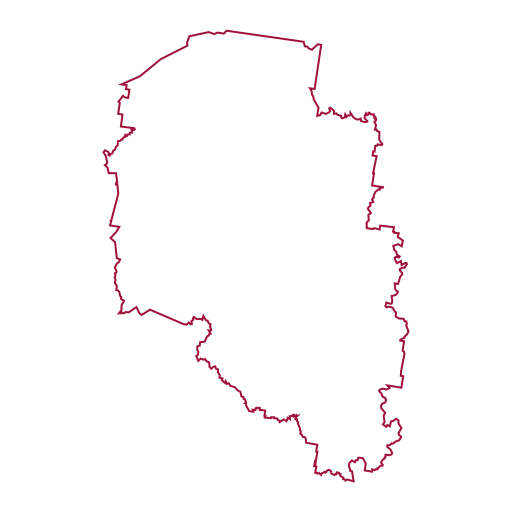 Dubbo, New South Wales, Australia
{"feature_id": "25037944B69125352721348", "entity_name": "Dubbo", "entity_type": "district", "adm_level": 2, "iso_a3": "AUS", "parent_name": "Australia", "parent_adm1": "New South Wales", "projection": "orthographic", "projection_center": [148.966, -32.475], "detail": "fine", "context": "isolated", "style": "outline", "palette": "rose", "viewbox_px": 512, "rotation_deg": 0, "n_neighbors": 0, "source": "geoboundaries", "source_scale": "gbopen_adm2", "svg_char_len": 6085}
<svg xmlns="http://www.w3.org/2000/svg" viewBox="0 0 512 512"><path d="M385.6,456.7L385.5,454.7L389.7,455.2L391.6,454.3L392.1,452.9L390.6,449.7L387.3,446.9L387.2,445.3L390.2,444.9L391.6,443.3L393.2,443.6L395.5,441.5L398.9,440.5L401.0,437.5L400.9,436.4L399.0,434.9L398.5,433.3L401.4,428.0L398.5,423.4L398.5,420.5L396.3,418.7L393.5,420.8L390.9,421.4L389.9,426.3L387.3,424.9L386.3,426.9L382.9,424.4L384.6,422.1L383.6,415.6L385.2,412.9L381.3,408.2L381.0,406.1L382.0,403.8L385.2,402.5L386.2,400.0L384.9,397.7L382.9,397.0L381.2,393.3L379.2,391.2L379.3,390.0L382.5,388.6L386.8,389.5L389.6,387.9L387.4,385.4L401.4,387.7L403.2,376.2L400.8,375.8L401.1,371.1L404.5,353.6L403.9,351.7L402.6,350.7L404.1,341.3L400.2,340.6L400.5,339.7L404.4,337.8L404.3,336.9L407.1,334.3L408.5,331.5L406.2,325.3L406.8,324.0L406.3,321.4L404.4,321.1L403.7,318.8L399.1,318.5L396.4,317.1L395.6,316.0L396.2,312.5L394.9,311.7L392.5,307.6L388.7,306.6L386.5,307.4L385.4,306.2L386.3,302.6L390.9,303.9L391.7,303.4L392.3,301.3L391.6,296.0L395.6,295.0L397.5,293.0L397.9,291.7L396.0,290.5L395.2,288.8L394.7,283.4L398.1,283.9L400.3,276.6L402.2,274.4L402.1,272.9L399.9,270.5L399.7,269.2L402.5,267.6L404.6,267.7L406.9,264.3L406.4,262.9L405.4,263.0L401.6,265.0L400.9,261.0L396.9,263.1L395.2,260.0L394.8,257.6L396.2,256.9L399.0,257.5L399.7,256.5L397.0,254.7L396.2,251.8L394.2,249.7L393.3,245.8L398.3,244.2L401.7,246.3L402.9,240.6L397.8,237.0L398.7,233.2L394.2,232.8L394.3,231.8L393.1,231.6L394.0,227.2L380.2,225.6L379.6,229.5L374.2,228.1L373.1,229.1L366.8,228.2L366.6,222.7L368.8,220.3L368.4,214.9L370.9,213.0L367.9,209.0L368.3,207.5L370.5,205.6L370.0,203.1L373.3,201.9L372.1,199.1L373.7,197.6L373.6,196.0L375.4,191.9L378.7,189.3L379.8,189.6L379.8,188.0L383.9,187.3L372.1,185.5L374.0,173.3L373.1,173.2L376.6,156.1L372.6,155.5L373.2,151.5L374.5,151.7L375.3,145.8L377.4,145.6L377.6,144.4L381.8,145.1L382.3,144.2L379.2,139.7L379.4,131.9L377.2,131.1L376.5,129.5L374.9,129.7L376.1,125.2L374.4,121.9L376.2,120.2L376.0,118.7L375.2,119.1L374.2,118.0L375.1,116.6L373.6,115.7L373.7,114.3L371.0,114.4L369.4,112.6L368.4,112.9L368.4,114.6L366.6,115.2L365.9,113.5L364.7,116.0L364.7,118.4L367.4,121.1L366.4,122.1L363.7,121.9L360.9,120.8L360.8,118.6L358.3,119.6L355.9,119.1L353.3,117.2L350.5,112.9L350.5,114.6L349.6,115.6L348.2,115.3L346.6,116.9L345.3,114.4L344.7,117.5L342.1,118.3L341.0,117.0L341.1,115.8L337.5,114.8L336.4,113.4L334.0,113.8L334.0,110.8L330.2,107.6L329.2,108.2L330.1,111.2L328.9,112.5L325.8,113.9L321.6,112.5L320.2,115.1L317.3,115.9L318.5,107.7L313.6,99.1L313.3,96.5L311.9,94.5L311.7,91.2L309.9,88.3L314.6,89.0L321.2,44.9L317.7,44.3L311.9,49.7L308.7,48.4L307.2,46.6L304.8,46.3L303.7,41.8L226.5,30.7L223.8,33.6L217.4,32.6L214.5,34.1L208.6,32.1L189.3,36.3L187.1,42.4L187.3,45.7L160.8,59.1L140.0,76.2L121.4,84.4L126.6,85.1L126.0,89.2L129.4,89.6L128.2,97.9L125.2,97.5L123.0,95.8L118.5,101.7L119.8,102.7L118.2,113.8L122.5,114.6L120.9,126.5L134.2,128.2L134.8,129.4L133.9,130.0L131.5,129.7L132.1,132.6L129.8,132.7L129.6,134.5L127.4,134.6L126.8,135.6L125.3,134.9L125.2,135.7L126.2,136.3L123.2,137.7L122.4,139.6L121.3,139.4L120.1,140.9L117.9,141.2L117.7,145.2L116.1,146.7L115.0,149.8L113.1,150.7L112.4,153.4L110.3,154.3L109.7,155.6L108.4,155.0L109.0,153.1L108.2,151.9L105.0,150.3L103.5,152.3L105.6,155.6L107.2,162.4L106.5,164.1L104.9,165.1L107.5,167.6L108.7,173.1L116.0,173.2L117.3,182.5L116.2,182.5L115.9,184.6L117.4,184.8L118.3,193.6L111.4,220.1L110.7,220.6L111.2,221.2L110.0,225.4L119.3,226.8L116.0,232.3L110.5,238.0L115.1,242.2L116.8,258.2L120.1,259.3L119.1,261.9L116.8,263.7L114.8,267.5L116.5,271.1L116.3,272.5L114.9,273.3L115.5,275.1L114.6,277.5L115.6,279.6L114.8,282.7L116.8,285.9L116.3,290.1L118.0,290.4L119.4,292.1L120.0,295.8L121.2,296.7L120.9,298.8L124.0,300.8L121.6,305.2L121.3,311.8L120.4,311.5L118.9,313.4L124.4,313.1L125.4,312.1L128.8,312.3L136.4,307.1L139.5,313.3L141.6,314.9L150.0,309.7L183.5,324.1L186.5,324.7L188.8,322.5L190.8,324.4L191.9,324.0L191.4,321.2L193.3,319.7L193.0,318.2L193.9,316.9L196.5,319.0L200.8,318.9L202.4,319.9L203.4,315.9L206.1,320.4L207.6,320.6L208.7,323.3L210.5,324.2L210.0,326.8L211.3,329.6L210.5,330.8L208.7,330.4L210.6,333.7L209.2,334.1L208.9,335.4L207.2,336.3L204.7,341.7L200.1,342.2L199.7,345.7L197.3,346.4L197.2,349.9L198.3,351.8L197.9,354.8L196.3,356.0L198.3,360.9L200.8,358.5L203.4,359.7L205.0,359.0L206.5,361.3L209.2,362.4L209.5,366.9L211.4,368.8L213.3,366.8L215.2,366.4L216.1,368.8L217.9,369.3L218.0,372.3L219.8,375.3L219.5,377.7L222.5,378.5L221.9,380.1L222.4,380.8L225.1,382.9L225.7,381.3L226.7,383.9L228.8,383.2L230.2,385.8L235.0,387.3L237.5,390.3L240.4,391.8L241.4,396.4L243.3,396.9L243.8,399.1L244.7,399.0L245.4,400.5L246.0,402.1L245.1,403.1L246.1,403.2L246.1,405.5L249.2,411.1L253.4,411.7L252.8,409.7L255.3,410.0L255.6,408.3L257.0,408.5L257.2,407.7L260.0,408.1L259.6,410.9L260.2,409.8L265.2,410.6L264.5,415.5L265.4,415.7L265.2,417.1L263.8,417.4L270.9,418.2L271.0,417.2L274.2,417.3L274.1,418.2L277.3,418.5L277.9,420.1L279.4,420.6L279.6,422.0L283.8,419.4L286.5,421.2L287.7,417.8L290.0,419.3L289.7,416.2L292.0,416.0L293.3,414.6L293.9,414.7L293.9,416.5L296.2,415.2L296.3,415.9L297.5,415.7L296.1,416.9L295.4,418.9L297.1,419.3L296.7,420.7L298.2,422.4L297.8,423.1L300.0,428.7L299.9,430.1L300.8,431.0L300.3,433.7L301.3,433.9L302.8,436.8L305.1,437.3L305.9,439.3L306.0,442.7L317.3,444.7L316.2,451.5L317.4,451.7L315.5,463.1L314.9,462.0L314.1,466.0L316.3,466.4L315.2,472.8L316.6,472.7L317.3,473.6L319.1,473.0L321.0,474.9L321.5,473.5L324.3,472.1L325.2,472.5L325.2,471.8L326.4,471.9L327.0,470.6L329.1,469.8L331.1,471.2L331.3,473.5L334.6,475.1L335.4,473.9L336.3,474.2L336.9,472.3L339.2,472.9L339.3,474.0L340.5,474.1L340.3,475.8L343.4,477.7L343.2,479.1L344.9,479.5L345.4,480.5L347.2,479.5L353.6,481.3L352.0,471.3L350.0,470.7L350.2,469.3L348.8,466.2L349.3,463.1L351.9,460.4L355.0,462.2L355.8,460.2L357.7,460.1L358.3,457.7L362.8,458.2L365.8,463.5L364.7,470.4L372.0,471.7L372.4,469.3L374.8,470.2L375.7,469.3L377.3,469.3L377.5,468.2L378.1,468.4L380.2,465.9L382.4,465.7L382.8,464.8L381.2,462.9L381.3,461.8L383.1,459.3L384.5,458.8L384.7,457.3L385.6,456.7Z" fill="none" stroke="#9f1239" stroke-width="2"/></svg>